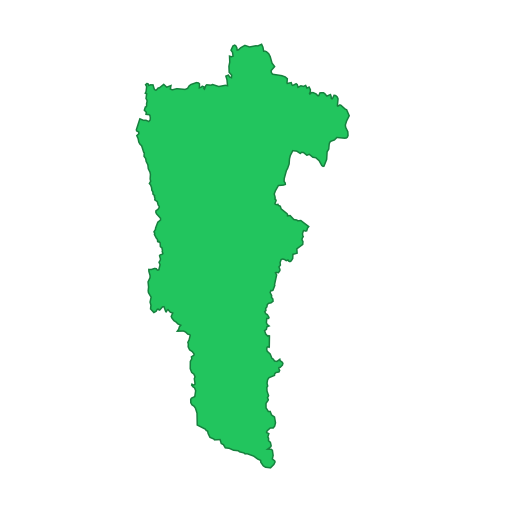 the district of Ikongo, Vatovavy-Fitovinany, Madagascar, rotated 172°
{"feature_id": "10022922B6018255004858", "entity_name": "Ikongo", "entity_type": "district", "adm_level": 2, "iso_a3": "MDG", "parent_name": "Madagascar", "parent_adm1": "Vatovavy-Fitovinany", "projection": "natural_earth1", "projection_center": [47.46, -21.855], "detail": "fine", "context": "isolated", "style": "filled", "palette": "green", "viewbox_px": 512, "rotation_deg": 172, "n_neighbors": 0, "source": "geoboundaries", "source_scale": "gbopen_adm2", "svg_char_len": 6121}
<svg xmlns="http://www.w3.org/2000/svg" viewBox="0 0 512 512"><g transform="rotate(172 256 256)"><path d="M144.2,381.9L145.9,388.2L147.1,388.9L151.1,393.6L152.1,393.9L154.1,393.0L154.5,393.4L152.9,400.2L153.4,402.1L154.8,403.8L156.3,404.3L158.5,401.1L159.0,401.1L159.5,401.7L159.4,403.8L159.8,405.5L163.6,404.5L165.3,407.2L166.5,408.3L169.9,408.7L171.6,406.0L172.5,406.1L173.9,408.1L176.6,409.8L178.1,410.1L180.1,408.9L180.4,409.6L179.4,411.0L179.0,413.1L179.9,415.9L182.2,415.2L183.1,418.0L185.3,417.3L187.9,418.3L190.9,417.2L191.3,420.0L192.3,421.0L195.8,419.8L196.6,420.5L197.0,422.8L201.0,422.5L201.2,423.3L200.3,427.2L202.2,429.3L205.4,431.0L214.3,433.7L215.3,435.6L215.2,437.5L211.2,441.0L213.3,444.8L214.2,451.5L215.3,454.6L217.2,456.8L218.6,457.6L219.9,457.7L220.1,461.8L221.0,464.9L224.9,463.8L227.1,464.2L233.3,463.9L237.7,466.1L242.1,464.4L244.7,462.6L246.0,462.5L246.0,464.8L246.8,467.0L247.8,467.8L249.6,467.2L252.1,463.3L250.9,460.9L250.9,457.1L252.6,456.7L254.4,457.6L255.0,451.7L256.4,447.6L257.0,441.6L254.9,438.5L255.5,436.0L257.2,436.9L258.2,439.0L260.8,438.3L260.2,434.6L260.5,428.6L262.6,429.3L269.3,429.0L275.2,431.9L276.7,431.4L281.0,432.4L281.9,431.8L283.8,428.4L284.4,429.2L283.4,430.4L285.6,431.6L286.5,430.9L288.7,430.4L288.0,434.3L288.9,435.4L290.8,436.0L296.5,434.9L298.5,433.8L300.4,431.5L303.0,430.8L311.1,432.7L315.8,432.2L317.6,433.3L316.5,436.6L320.9,435.6L323.5,438.8L328.2,436.0L329.5,436.0L331.6,434.2L332.5,434.2L333.5,435.4L334.2,439.8L336.8,440.2L338.5,439.8L338.9,441.5L340.0,442.0L341.5,441.0L340.7,439.0L342.0,434.0L343.0,432.6L341.7,431.8L343.0,427.3L342.3,425.6L342.4,424.1L343.2,422.0L343.4,419.9L344.1,419.0L344.8,419.0L346.3,415.9L344.6,413.6L345.2,411.6L342.2,410.8L341.5,410.1L341.4,407.6L341.9,405.4L343.5,404.1L346.0,405.7L348.5,406.0L351.9,408.0L356.9,397.7L356.8,396.5L354.9,395.1L355.0,393.4L357.3,391.8L356.4,388.7L356.2,385.2L355.4,383.0L353.9,381.0L352.8,374.4L352.3,373.7L353.0,370.3L351.7,367.9L351.6,364.9L350.4,361.4L350.5,357.4L349.3,353.7L349.2,351.4L350.1,347.0L349.9,344.7L351.5,342.6L350.5,341.1L349.9,338.3L350.0,335.6L349.2,333.9L349.4,331.6L348.0,329.8L348.4,328.9L348.0,327.3L348.4,325.7L346.2,323.6L345.8,320.2L344.9,318.5L345.0,317.7L346.6,315.8L348.7,314.8L349.1,313.4L348.7,311.7L345.3,306.7L345.5,304.9L348.5,303.2L351.6,297.6L351.8,296.4L353.7,294.1L353.1,292.8L353.6,291.5L352.2,287.5L351.3,286.1L351.4,284.1L350.9,283.5L350.2,284.0L349.1,282.4L349.4,278.6L348.0,277.1L347.9,274.3L348.3,273.4L347.8,271.6L348.3,270.9L350.8,270.4L351.5,269.7L351.0,266.3L351.4,265.1L352.9,263.3L352.2,260.7L354.2,255.8L355.6,255.7L356.5,257.3L358.1,257.8L361.5,257.2L364.0,257.6L364.2,255.7L363.6,251.2L364.0,249.2L366.5,245.4L366.7,240.2L367.6,236.6L367.6,234.7L365.6,229.8L367.3,225.1L366.9,221.8L367.8,218.3L365.0,214.2L362.6,215.2L361.1,217.0L360.0,216.9L359.5,216.0L358.9,215.9L355.6,218.7L354.2,218.6L353.1,213.4L352.6,213.2L351.6,214.7L350.6,215.2L348.7,212.3L346.4,211.1L348.4,207.9L347.8,206.0L346.3,203.4L344.3,201.7L342.9,199.7L340.1,197.9L341.8,196.4L342.7,194.3L344.4,192.5L338.3,191.8L336.4,190.6L334.4,188.1L332.5,187.3L332.2,186.5L334.0,182.1L335.5,180.0L335.3,178.3L335.8,175.5L334.8,172.3L332.4,170.2L330.9,167.4L331.5,166.3L334.0,165.1L333.9,163.2L335.7,160.7L336.8,153.5L335.9,149.7L333.9,147.6L333.2,144.8L334.2,143.1L334.1,138.5L334.5,137.3L336.2,136.9L337.2,138.0L337.7,137.1L336.6,135.2L335.2,134.0L334.5,131.0L336.2,125.3L339.7,124.2L340.6,123.1L341.0,119.8L340.1,117.5L338.3,115.9L337.2,113.9L336.7,111.1L336.3,108.5L337.7,96.8L330.3,91.6L329.5,90.0L328.3,89.4L328.1,86.8L326.8,82.8L323.3,80.7L322.7,79.7L317.1,79.2L316.5,75.2L314.5,73.7L313.1,70.3L309.3,69.3L305.3,66.8L300.6,65.6L299.6,64.4L295.4,62.7L294.4,61.6L292.2,61.4L286.2,58.2L282.6,54.7L279.9,53.0L279.9,51.0L278.0,47.2L276.0,45.5L271.1,44.2L267.3,47.1L265.8,49.4L266.0,50.5L268.1,52.7L266.8,56.1L266.8,61.3L267.9,62.5L271.4,63.1L267.8,65.1L267.4,66.1L267.7,69.5L269.3,71.3L268.9,73.8L269.5,75.1L268.0,78.3L270.0,79.6L270.1,80.2L269.1,81.5L265.8,83.7L262.9,83.3L261.2,84.9L259.9,88.1L260.1,94.0L262.7,96.4L263.6,100.1L265.4,100.3L267.2,104.2L266.6,108.7L264.1,111.4L263.8,112.1L264.4,114.0L263.0,115.9L263.9,120.6L263.6,124.3L262.5,125.6L262.8,128.5L261.7,131.9L260.1,133.7L254.3,135.2L253.9,136.8L252.5,137.8L249.4,138.0L248.5,139.4L249.1,141.2L248.8,142.3L247.5,142.4L245.0,144.3L244.3,146.0L244.9,147.3L246.7,149.0L246.8,150.4L249.9,148.7L252.3,149.4L253.2,151.4L254.5,152.5L255.6,157.0L258.2,160.2L258.4,162.2L257.8,164.0L256.9,164.5L255.7,163.8L255.5,164.2L253.8,175.0L254.4,175.3L255.4,174.9L257.2,177.3L257.9,180.9L255.9,181.9L255.1,184.3L252.8,184.9L254.4,186.5L255.0,188.5L254.0,192.7L252.2,192.4L251.7,193.4L253.0,196.5L253.7,196.7L254.6,198.1L255.1,199.7L253.8,200.6L253.7,202.8L252.3,204.1L251.6,206.3L250.1,207.4L247.7,207.5L245.4,208.8L245.3,211.1L246.4,212.9L246.0,214.6L247.1,217.9L246.0,219.8L245.1,219.4L244.0,219.7L241.5,224.2L241.6,225.2L238.2,234.4L239.1,236.7L238.3,237.0L236.2,236.3L234.4,238.2L234.2,239.4L234.8,242.0L233.1,243.6L233.1,246.1L231.6,249.0L229.9,249.3L228.3,248.6L226.7,247.2L224.9,247.6L224.5,246.5L223.2,245.7L221.9,246.2L220.0,248.4L219.2,252.5L214.9,253.1L214.6,257.4L208.1,261.0L207.5,263.7L208.2,265.7L207.7,267.3L206.5,268.6L206.9,269.6L206.8,271.8L205.7,274.1L205.1,274.6L203.5,273.8L202.3,273.9L201.1,276.5L199.7,277.8L206.7,284.9L209.6,285.0L210.7,286.0L213.4,286.8L216.6,291.3L219.2,291.4L219.0,292.9L219.5,293.7L224.6,299.2L225.0,301.9L226.8,303.0L227.1,304.1L228.5,304.0L229.6,304.5L230.0,305.2L228.4,308.1L228.7,309.4L229.3,309.7L228.9,311.5L229.3,314.9L227.7,317.9L224.0,322.7L219.1,322.4L217.0,322.8L216.9,324.2L217.8,326.0L217.3,328.7L214.0,336.4L212.5,338.4L210.4,342.5L209.3,347.6L208.0,350.8L204.9,355.2L201.1,354.2L197.9,351.4L196.5,352.3L194.6,351.9L191.6,348.7L189.1,349.3L186.0,345.9L183.1,345.0L180.2,341.6L178.3,336.5L177.1,335.4L176.2,335.5L172.6,341.8L171.1,349.3L169.1,351.7L168.0,356.5L167.1,358.4L165.6,359.3L162.2,360.0L159.4,362.1L151.7,360.3L150.1,360.3L149.0,361.0L148.1,362.5L147.8,366.3L149.3,370.9L149.3,373.3L147.5,377.1L144.2,381.9Z" fill="#22c55e" stroke="#15803d" stroke-width="1.5"/></g></svg>